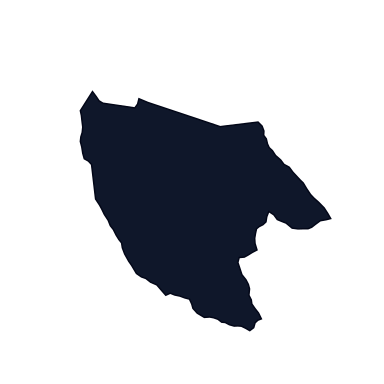 outline of Teodoro Sampaio, Bahia, Brazil, rotated 317°
{"feature_id": "56859067B12292391578023", "entity_name": "Teodoro Sampaio", "entity_type": "district", "adm_level": 2, "iso_a3": "BRA", "parent_name": "Brazil", "parent_adm1": "Bahia", "projection": "equal_earth", "projection_center": [-38.617, -12.264], "detail": "fine", "context": "isolated", "style": "filled", "palette": "ink", "viewbox_px": 384, "rotation_deg": 317, "n_neighbors": 0, "source": "geoboundaries", "source_scale": "gbopen_adm2", "svg_char_len": 1705}
<svg xmlns="http://www.w3.org/2000/svg" viewBox="0 0 384 384"><g transform="rotate(317 192 192)"><path d="M216.8,87.6L212.2,90.6L207.5,91.5L187.4,66.3L186.2,61.9L187.0,56.9L187.7,50.7L165.8,56.4L163.3,60.6L159.8,65.3L156.4,70.0L152.3,73.6L148.3,75.9L144.8,78.9L142.1,83.9L138.5,89.2L135.9,94.2L137.3,98.6L137.3,103.4L116.7,131.4L115.5,138.5L114.4,142.8L112.6,148.6L111.4,155.6L109.3,160.9L108.9,165.8L107.1,171.9L106.1,177.0L105.8,181.2L103.0,185.3L100.5,191.4L98.5,199.5L97.8,204.5L96.9,208.6L95.8,213.7L97.1,219.6L99.3,223.8L100.2,229.7L102.9,235.9L102.6,243.7L102.4,249.6L107.1,251.2L109.1,255.5L112.2,259.9L114.5,264.5L117.1,268.6L115.4,273.8L113.3,277.8L113.2,284.2L115.5,292.1L119.7,295.5L122.1,298.8L124.2,302.8L124.9,307.4L127.3,310.1L128.8,314.5L131.4,318.8L134.1,321.1L136.6,323.8L138.3,328.2L139.7,332.8L144.6,333.3L148.9,330.7L152.8,330.7L156.2,332.1L158.1,325.9L158.6,320.2L159.4,314.7L161.8,311.3L163.2,306.3L168.0,302.1L170.2,298.0L171.6,293.0L172.1,286.5L174.8,280.7L177.5,274.8L181.8,272.1L185.9,275.3L189.8,276.3L194.9,277.3L200.0,278.7L203.0,272.6L206.3,268.6L210.2,265.6L214.1,262.9L217.5,263.1L221.6,264.3L225.7,264.3L229.8,261.1L234.9,258.6L236.3,264.5L235.6,270.3L237.3,274.1L239.6,278.9L240.6,286.7L244.4,291.3L248.3,294.7L251.8,298.0L255.5,299.4L260.1,299.8L266.2,300.5L271.3,303.8L275.3,306.0L276.6,300.5L277.8,293.8L277.6,285.8L277.0,279.4L277.0,274.6L278.1,267.8L279.5,261.3L279.3,257.0L279.3,252.4L279.3,246.4L280.0,240.2L278.1,234.5L278.7,229.0L278.0,222.3L279.0,216.6L278.7,212.2L280.0,208.3L282.6,203.8L283.1,199.4L286.2,196.4L288.2,191.6L288.0,185.9L260.7,166.0L257.2,163.5L247.3,145.2L220.7,96.3L216.8,87.6Z" fill="#0f172a" stroke="#020617" stroke-width="1.5"/></g></svg>